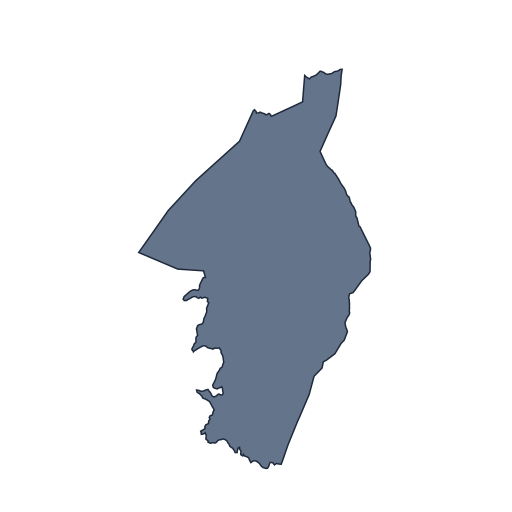 outline of San Juan Juquila Mixes, Oaxaca, Mexico, rotated 195°
{"feature_id": "50627088B56104318486016", "entity_name": "San Juan Juquila Mixes", "entity_type": "district", "adm_level": 2, "iso_a3": "MEX", "parent_name": "Mexico", "parent_adm1": "Oaxaca", "projection": "equal_earth", "projection_center": [-95.884, 16.869], "detail": "fine", "context": "isolated", "style": "filled", "palette": "slate", "viewbox_px": 512, "rotation_deg": 195, "n_neighbors": 0, "source": "geoboundaries", "source_scale": "gbopen_adm2", "svg_char_len": 4860}
<svg xmlns="http://www.w3.org/2000/svg" viewBox="0 0 512 512"><g transform="rotate(195 256 256)"><path d="M177.8,61.3L177.6,63.2L177.5,63.7L176.2,81.9L173.0,107.5L172.3,111.6L168.8,136.0L168.8,154.9L163.2,164.9L163.6,171.2L161.1,173.5L156.8,179.0L154.5,182.0L151.1,193.8L149.0,197.5L148.1,206.4L149.3,208.6L150.4,209.8L152.2,213.2L152.8,214.9L151.9,220.7L151.0,222.7L150.8,224.2L150.9,225.7L151.8,227.2L152.0,229.1L153.6,234.9L154.8,238.3L155.6,239.4L155.9,243.0L155.7,243.8L152.8,245.7L151.6,248.5L147.4,259.6L142.7,267.4L141.8,270.3L144.3,280.2L144.4,282.6L145.0,283.7L147.0,288.9L147.0,291.4L147.4,293.1L147.5,293.4L150.5,296.9L163.1,311.2L164.3,311.5L168.4,319.1L169.9,320.2L171.2,324.7L174.3,328.6L176.6,330.2L177.9,332.0L178.6,332.3L179.3,333.3L180.2,335.1L181.5,337.2L183.1,337.7L184.7,339.3L186.0,341.6L188.4,344.4L189.5,345.2L191.0,346.5L193.0,348.1L195.9,351.4L201.2,356.2L202.5,356.6L204.3,358.4L206.0,358.9L210.3,361.2L212.0,362.6L221.2,373.6L218.1,393.3L215.0,411.9L216.5,425.7L218.1,439.5L218.6,443.7L220.4,452.1L221.1,458.6L223.1,458.0L224.0,456.6L225.5,455.4L226.8,455.0L227.7,454.4L228.4,453.9L229.0,453.1L229.9,452.1L230.7,451.5L231.4,451.2L232.1,450.9L233.0,450.5L233.7,450.1L235.5,449.9L236.8,450.3L238.0,450.9L239.4,450.9L240.4,451.2L240.9,451.3L242.0,451.0L243.3,448.6L244.5,446.7L245.2,445.9L246.2,445.1L247.5,444.1L248.2,443.7L248.9,443.2L249.4,442.5L249.8,441.7L250.2,440.9L251.1,441.1L253.4,441.8L255.7,443.0L250.9,416.9L277.1,395.0L279.8,397.0L280.5,397.0L281.1,396.4L281.6,395.8L282.1,395.4L282.4,395.1L282.9,395.0L283.2,395.1L283.4,395.0L283.6,395.1L284.0,395.4L284.5,395.6L285.0,395.6L285.5,395.7L286.0,395.7L286.3,395.6L286.7,395.6L287.2,395.7L287.5,395.7L288.1,395.9L288.6,396.0L289.1,396.0L289.5,395.9L289.9,395.4L290.2,395.2L290.5,395.0L290.8,394.8L291.0,394.7L291.6,394.4L291.9,394.4L292.2,394.3L292.4,394.3L292.7,394.3L292.9,394.6L292.9,394.9L293.1,395.2L293.2,395.5L293.3,395.6L293.7,395.9L294.0,396.0L294.3,396.1L294.6,396.2L294.8,396.5L295.1,396.7L295.3,396.9L296.2,395.6L300.8,367.7L301.6,362.7L333.6,313.3L352.2,277.9L352.5,277.3L352.6,277.1L360.6,255.1L364.0,245.9L370.2,229.0L328.2,223.1L302.8,228.1L300.6,224.4L299.3,222.2L301.2,221.5L301.8,219.8L302.2,217.2L302.7,214.9L302.9,212.8L302.3,210.8L302.5,208.7L303.9,207.5L306.5,207.6L308.2,206.9L310.1,205.2L311.3,203.7L313.3,200.6L314.9,198.3L315.2,195.4L313.7,194.4L311.4,195.1L310.2,196.7L308.8,197.8L307.7,199.0L306.3,200.4L303.5,201.2L302.1,200.6L300.4,200.3L298.9,201.9L297.4,201.2L296.2,202.0L294.6,203.0L291.6,202.5L291.2,199.4L289.6,198.7L289.7,197.1L289.9,195.3L290.2,192.8L289.6,190.8L289.1,189.2L289.4,187.0L289.6,184.4L290.1,182.3L290.0,180.2L289.7,178.6L290.7,176.2L292.9,175.1L294.3,173.7L294.7,170.3L293.6,168.1L293.0,166.5L291.8,164.2L292.8,162.2L292.6,160.3L291.7,157.3L293.1,154.8L293.0,153.0L293.6,151.3L293.8,149.1L292.3,148.0L291.7,147.2L291.4,147.9L287.6,152.1L285.6,154.0L283.7,155.6L282.2,156.0L280.2,155.7L279.5,155.0L277.3,154.9L275.0,155.0L274.1,154.9L273.3,155.0L273.2,155.5L271.9,156.4L270.3,156.7L267.5,157.7L266.7,156.7L266.2,156.4L265.3,155.6L264.7,153.5L262.5,151.3L261.2,148.7L259.7,145.1L260.0,142.1L260.0,139.7L261.5,138.3L261.9,135.9L263.1,132.8L263.2,131.1L263.1,128.4L263.2,125.8L263.8,122.8L264.4,120.1L263.2,118.0L261.6,117.6L259.0,117.6L257.8,118.8L256.2,119.8L255.3,120.9L254.1,119.3L253.2,116.9L252.2,115.2L252.4,113.7L253.1,112.8L254.1,112.7L255.4,112.9L256.1,113.1L256.8,112.6L257.1,112.1L258.4,110.3L260.1,109.0L261.3,109.2L262.2,109.5L264.4,112.0L266.5,113.5L267.9,114.7L270.4,113.2L271.7,112.0L274.0,111.1L276.2,111.4L278.7,111.2L277.6,109.2L276.3,108.7L274.8,108.4L274.2,107.8L273.5,107.5L273.0,107.1L272.4,106.8L271.9,106.6L271.5,106.1L270.9,105.1L269.3,104.8L267.6,104.7L265.6,104.1L263.2,103.4L261.3,101.4L259.1,99.0L257.9,98.0L256.6,96.5L257.1,94.6L257.0,92.9L257.1,90.9L258.9,89.9L259.4,88.0L258.2,86.3L259.0,84.5L258.6,81.8L260.9,79.8L261.2,77.9L260.6,76.0L261.7,74.8L263.6,73.0L264.5,72.0L263.6,72.4L263.5,71.5L263.1,71.1L263.0,70.4L262.7,69.6L262.0,69.9L261.3,70.2L260.4,70.7L259.9,71.2L259.6,71.8L259.4,72.1L258.6,71.2L258.3,70.9L257.9,70.1L257.6,69.5L257.4,68.8L257.3,67.7L257.2,66.9L257.1,66.4L256.9,66.1L256.6,65.9L256.1,65.7L255.3,65.5L255.0,65.3L254.1,64.6L254.3,63.9L253.8,63.7L251.4,63.3L249.4,64.6L247.2,64.7L246.0,65.8L245.2,67.8L243.9,68.9L242.0,69.7L240.9,70.6L239.0,70.8L236.4,70.0L235.0,68.5L233.2,67.1L232.1,65.5L230.2,64.7L228.9,64.3L227.1,62.9L225.2,60.7L223.4,61.2L223.7,63.8L223.5,65.9L222.4,66.9L221.8,65.1L220.1,63.9L219.4,60.2L217.1,59.5L216.7,61.1L215.6,59.9L214.1,59.8L212.3,59.6L210.7,59.1L209.8,57.6L208.5,56.2L207.5,55.1L205.5,57.6L203.1,58.0L200.2,57.1L198.2,55.9L197.0,54.7L194.9,53.6L194.6,53.5L193.1,53.4L191.2,53.4L190.7,53.6L189.9,54.0L189.2,56.5L189.3,58.1L188.9,60.3L186.4,60.7L184.1,59.0L182.8,60.7L177.8,61.3Z" fill="#64748b" stroke="#1e293b" stroke-width="1.5"/></g></svg>